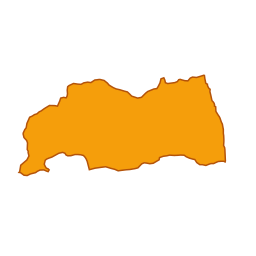 the district of Germasogeia, Limassol, Cyprus, rotated 281°
{"feature_id": "46923920B41569206347275", "entity_name": "Germasogeia", "entity_type": "district", "adm_level": 2, "iso_a3": "CYP", "parent_name": "Cyprus", "parent_adm1": "Limassol", "projection": "natural_earth1", "projection_center": [33.082, 34.721], "detail": "fine", "context": "isolated", "style": "filled", "palette": "amber", "viewbox_px": 256, "rotation_deg": 281, "n_neighbors": 0, "source": "geoboundaries", "source_scale": "gbopen_adm2", "svg_char_len": 2478}
<svg xmlns="http://www.w3.org/2000/svg" viewBox="0 0 256 256"><g transform="rotate(281 128 128)"><path d="M63.6,29.5L63.7,30.9L61.8,34.9L62.1,38.1L64.3,41.0L66.5,45.7L67.4,46.6L68.1,47.2L69.9,49.6L70.8,53.5L70.2,56.0L69.9,57.9L71.8,58.6L72.7,57.3L73.0,55.5L74.6,54.0L76.5,52.7L80.6,52.9L81.9,54.0L83.3,56.0L84.9,58.8L90.0,64.9L91.6,68.5L91.2,70.9L89.7,72.3L89.2,74.1L89.9,77.2L91.8,80.9L92.4,83.9L92.7,86.9L92.5,89.5L91.3,91.2L89.8,92.7L87.5,94.3L79.7,98.0L82.3,103.4L84.4,109.5L85.7,113.5L85.1,119.1L84.9,122.9L84.1,126.5L85.4,130.3L86.6,134.0L87.6,137.7L89.5,142.7L90.8,145.4L92.9,146.7L95.4,148.3L96.9,150.5L97.1,153.1L97.1,156.2L98.2,159.5L102.7,164.6L105.0,164.6L107.0,168.1L108.1,171.4L109.3,174.0L109.9,178.7L110.7,182.0L111.5,184.9L112.0,188.3L110.9,190.7L110.1,194.2L109.8,197.7L109.8,199.6L107.2,202.1L105.7,205.5L106.2,207.9L106.1,211.6L108.1,214.7L108.9,216.2L109.4,218.8L111.0,221.0L112.3,222.9L113.1,225.7L113.6,228.3L113.2,229.8L114.2,229.9L125.4,227.2L127.2,226.6L129.0,225.2L132.8,224.7L135.0,224.3L138.7,223.4L141.0,222.6L142.6,222.3L144.7,221.9L147.7,220.7L149.8,219.9L151.8,218.4L155.3,216.4L156.7,215.3L157.5,214.4L159.9,212.2L161.1,211.1L165.6,210.0L166.0,208.7L167.1,208.6L168.7,207.8L169.8,206.7L170.9,205.2L173.2,204.2L176.0,203.0L178.2,202.0L179.1,201.5L181.7,201.2L182.2,200.0L184.2,198.3L185.3,197.8L186.2,197.6L186.3,197.0L186.7,195.9L188.0,195.3L189.1,194.9L190.9,194.1L194.2,193.0L194.2,192.5L194.2,192.2L193.4,190.8L190.7,185.7L190.3,181.6L188.9,179.6L185.7,177.8L185.3,174.8L185.5,171.6L185.7,169.9L185.1,168.6L183.0,167.6L181.5,165.3L180.5,162.4L179.2,158.5L179.6,156.1L182.1,155.0L184.1,153.6L182.6,151.0L178.4,150.8L174.5,149.7L172.2,148.8L171.2,145.9L167.6,140.4L165.6,138.7L160.7,135.4L159.2,131.8L160.0,125.5L161.8,122.9L163.3,120.5L163.5,117.3L164.0,112.7L164.1,108.9L164.8,105.9L165.8,103.1L166.6,101.1L168.1,99.3L170.1,95.5L170.3,91.2L170.1,90.3L169.2,87.7L168.8,86.3L165.5,82.9L165.3,79.6L163.9,76.0L161.9,73.6L161.5,70.3L161.3,66.0L158.4,62.0L157.0,60.9L153.6,61.1L150.0,62.1L147.4,62.1L145.8,61.5L145.8,59.0L144.5,56.2L141.7,55.9L136.0,54.6L136.0,52.0L135.9,51.3L135.6,49.4L135.1,46.6L132.3,43.5L130.9,42.0L128.2,39.5L126.9,37.7L126.5,37.4L124.5,35.9L123.3,33.6L121.5,31.8L119.8,29.4L113.2,27.9L108.7,28.0L106.8,27.0L103.1,26.1L102.1,26.2L98.8,27.7L97.8,29.0L96.4,30.9L94.2,32.2L90.8,32.7L87.6,33.2L86.1,34.5L84.9,34.6L81.6,36.1L77.3,34.8L71.0,29.8L64.6,30.0L63.6,29.5Z" fill="#f59e0b" stroke="#b45309" stroke-width="1.5"/></g></svg>